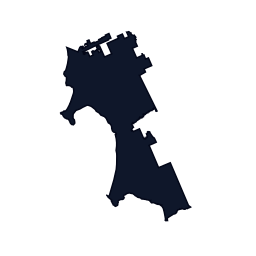 outline of Hope Vale, Queensland, Australia, rotated 151°
{"feature_id": "25037944B25466476596436", "entity_name": "Hope Vale", "entity_type": "district", "adm_level": 2, "iso_a3": "AUS", "parent_name": "Australia", "parent_adm1": "Queensland", "projection": "albers", "projection_center": [145.212, -15.137], "detail": "fine", "context": "isolated", "style": "filled", "palette": "ink", "viewbox_px": 256, "rotation_deg": 151, "n_neighbors": 0, "source": "geoboundaries", "source_scale": "gbopen_adm2", "svg_char_len": 5957}
<svg xmlns="http://www.w3.org/2000/svg" viewBox="0 0 256 256"><g transform="rotate(151 128 128)"><path d="M142.5,228.1L142.8,226.4L143.5,224.3L144.5,222.0L145.1,220.9L145.4,219.2L146.7,217.4L149.6,213.6L152.8,210.2L154.5,208.6L155.0,208.3L156.3,208.1L157.6,206.8L158.0,206.1L157.9,205.1L157.6,204.9L157.9,204.1L157.2,202.6L157.2,202.1L159.0,199.2L160.3,197.8L160.7,197.0L160.7,195.8L161.1,195.6L161.1,195.1L160.9,194.7L160.1,194.6L158.4,193.3L158.0,192.7L157.7,192.6L157.4,191.1L156.8,191.1L156.6,190.8L156.5,189.1L157.5,186.6L158.7,184.9L166.1,178.1L166.7,177.8L168.2,176.5L171.7,174.2L173.2,173.5L174.9,173.0L175.4,173.3L175.3,173.6L175.6,173.9L177.6,173.5L178.9,174.0L179.7,173.8L179.8,172.7L178.9,172.1L178.7,171.5L178.8,169.5L178.4,167.6L177.8,167.0L177.5,166.2L176.7,165.3L176.3,165.2L175.5,163.9L175.9,163.0L175.6,162.2L176.0,160.8L175.9,159.5L175.3,158.1L174.8,157.9L174.2,157.3L172.4,157.9L171.8,158.8L171.0,161.1L171.3,162.5L171.2,163.4L170.8,164.2L170.9,164.5L170.5,165.0L170.3,165.0L169.9,165.8L169.1,166.8L168.3,167.3L167.3,167.5L166.8,168.0L165.8,168.2L165.4,168.6L164.9,168.6L160.7,168.0L157.6,168.1L152.6,167.8L151.4,166.8L149.8,165.0L149.2,163.8L147.9,160.7L147.6,159.4L147.7,158.4L147.3,157.5L145.9,155.1L145.5,152.5L143.2,149.6L142.6,148.1L142.4,146.6L142.7,142.2L142.3,141.9L142.4,141.5L141.9,141.1L141.4,138.6L141.7,137.0L142.5,135.4L143.0,133.1L142.6,131.5L141.2,130.1L140.9,129.3L140.9,128.7L141.2,128.3L141.6,128.7L142.2,128.6L143.5,124.2L145.0,120.7L146.7,117.7L149.3,114.1L150.2,111.2L151.3,109.0L155.5,101.7L158.3,97.5L165.5,89.4L176.7,78.3L177.8,77.6L178.7,78.5L179.1,79.3L179.2,79.2L178.5,77.9L178.9,77.8L178.9,77.0L178.1,75.1L178.0,74.6L177.7,74.3L177.3,73.1L177.6,73.1L177.6,72.8L178.0,72.1L177.7,71.2L178.0,71.0L178.1,69.3L177.9,69.0L178.2,68.0L177.6,67.2L177.4,66.3L176.8,65.5L174.6,65.5L174.0,66.1L173.8,66.7L172.6,67.7L172.5,68.5L172.0,68.9L170.7,69.2L169.6,69.1L168.6,68.9L167.8,68.3L166.4,68.1L165.8,68.6L165.2,68.8L165.3,69.1L165.0,70.4L164.1,71.3L162.9,71.0L162.7,71.1L162.2,71.0L161.0,71.4L159.7,70.9L158.7,70.9L156.6,69.0L155.8,68.6L154.8,66.6L154.4,65.1L153.6,64.3L153.3,63.1L152.5,62.2L150.9,60.9L150.6,59.5L150.1,59.3L149.9,58.9L149.3,58.8L148.7,58.1L146.7,56.6L146.4,56.1L145.2,55.3L144.4,54.3L144.3,53.9L144.1,53.7L143.5,53.6L144.1,53.0L143.7,51.2L141.5,50.1L141.2,49.5L140.9,49.3L140.0,47.9L139.5,47.4L139.5,47.7L139.0,47.6L137.4,45.6L136.8,45.2L136.6,44.5L136.4,44.4L136.8,44.3L136.2,43.0L136.1,40.5L137.1,36.7L138.5,32.5L139.6,29.5L140.1,29.4L139.8,28.5L138.9,28.3L138.3,27.9L137.5,29.9L136.5,30.3L129.7,30.7L128.7,30.2L126.9,30.4L125.9,31.0L126.1,31.5L125.7,31.7L124.2,32.1L124.1,32.3L122.1,31.8L121.9,32.0L121.8,31.7L119.9,31.1L119.7,31.4L118.5,29.9L117.5,29.3L117.0,29.3L116.1,29.5L115.1,28.7L113.8,28.8L112.9,28.6L112.8,28.8L112.1,28.5L111.6,28.5L112.7,30.9L107.9,77.1L120.5,78.5L118.0,102.6L110.2,101.9L109.9,106.1L110.0,106.8L110.7,108.1L111.1,112.0L111.1,113.6L110.9,113.8L111.1,114.3L111.9,114.3L111.7,114.6L111.9,114.9L112.4,114.9L112.6,115.2L112.9,115.1L113.1,114.7L112.9,114.8L112.8,114.6L113.6,114.2L113.5,113.9L113.9,113.7L114.6,113.9L114.6,113.6L114.8,113.3L114.6,112.3L115.2,111.9L114.9,111.5L115.0,111.2L115.5,110.8L115.7,111.1L116.2,110.5L116.8,110.5L117.4,110.0L118.1,109.9L118.2,110.1L118.1,110.6L118.3,110.4L118.5,110.7L118.8,110.5L119.4,111.1L118.4,121.7L125.1,122.3L125.2,123.5L126.1,123.5L126.3,124.2L125.7,124.5L125.7,125.0L125.4,125.4L124.6,125.4L123.6,126.0L122.9,126.0L122.9,126.5L123.3,126.6L123.2,126.9L123.3,127.4L123.0,127.6L122.7,128.1L123.2,129.3L122.7,129.7L121.9,129.7L121.5,130.5L121.3,130.6L120.9,130.2L120.7,129.4L120.3,129.8L120.1,129.6L118.0,129.6L116.3,130.4L115.6,130.1L114.7,130.6L113.5,130.3L113.4,130.5L113.6,130.8L112.7,131.3L112.8,131.6L112.5,131.8L111.8,131.3L111.9,130.6L111.3,130.5L111.1,130.2L110.6,130.2L110.0,131.0L109.5,130.9L109.3,130.5L109.0,130.4L108.2,131.5L108.1,131.9L108.3,132.4L107.9,132.8L106.7,132.2L106.8,131.5L106.0,131.6L105.7,131.9L104.5,131.9L104.4,132.4L104.0,132.3L103.2,131.7L102.2,132.6L102.1,132.1L101.6,131.9L101.3,132.3L100.6,132.1L100.2,132.5L98.6,131.7L98.2,132.0L97.5,132.0L97.1,132.5L96.9,132.3L96.9,132.0L96.5,131.8L96.3,131.9L96.0,132.9L95.3,133.2L95.1,132.5L95.0,131.4L94.7,130.6L95.3,129.9L95.4,129.1L95.2,128.9L94.4,128.8L92.5,168.1L92.3,167.9L91.6,168.4L85.6,168.5L85.3,171.9L77.0,171.1L76.2,179.4L79.2,179.8L78.7,184.2L79.7,184.3L79.5,185.9L79.9,186.0L80.0,184.5L86.5,185.1L85.5,195.6L80.2,195.1L79.8,199.5L79.5,199.7L78.8,201.0L78.2,201.4L78.9,202.0L78.9,202.4L77.5,203.1L77.8,203.5L77.9,204.1L77.2,204.4L77.6,205.4L77.5,206.1L78.4,206.3L79.7,207.9L79.9,208.5L79.3,209.5L79.8,210.0L80.4,211.5L81.0,212.1L82.0,212.1L82.7,212.5L83.1,207.5L87.8,207.9L87.4,212.9L92.7,213.4L92.8,211.1L105.3,212.1L106.3,200.8L114.1,201.5L113.1,213.5L113.7,214.2L115.0,214.3L114.8,215.6L102.4,214.5L102.3,215.2L99.4,214.9L98.9,219.9L102.7,220.2L102.8,219.2L107.0,219.6L107.0,219.2L110.7,219.5L110.8,218.3L116.2,218.8L116.1,219.6L119.9,219.9L119.5,223.9L121.5,224.1L121.7,222.0L124.8,222.3L125.5,221.6L123.0,221.3L123.2,219.4L126.2,219.7L126.5,219.2L129.3,219.3L129.5,219.5L129.4,220.1L129.0,220.1L129.0,219.6L128.3,219.7L128.2,219.9L128.4,220.4L127.9,220.7L128.1,220.9L128.1,221.4L129.2,221.5L129.6,222.1L131.0,221.9L134.9,218.8L142.5,228.1ZM121.3,211.9L121.5,212.4L121.9,212.1L122.2,212.3L122.4,212.0L122.8,212.1L123.0,208.7L126.8,209.0L126.4,213.8L126.9,214.1L127.3,213.8L128.0,214.3L128.1,214.1L128.4,214.1L128.6,214.3L128.7,214.8L129.0,214.5L129.0,214.2L129.6,214.1L129.9,213.5L130.4,213.5L130.8,213.7L130.9,213.9L130.7,214.5L130.3,214.4L130.1,215.0L130.8,214.9L130.4,215.8L130.5,216.4L130.3,216.5L130.0,216.4L130.1,216.5L116.1,215.7L116.5,211.5L116.1,211.7L115.7,211.6L115.4,211.8L115.1,211.5L115.3,211.0L114.7,210.4L114.9,208.0L116.9,208.2L116.6,211.0L117.0,211.8L117.5,211.8L117.6,210.9L117.8,211.1L118.4,211.2L118.8,211.4L120.1,210.9L120.7,211.5L120.6,212.0L121.3,211.9Z" fill="#0f172a" stroke="#020617" stroke-width="1.5"/></g></svg>